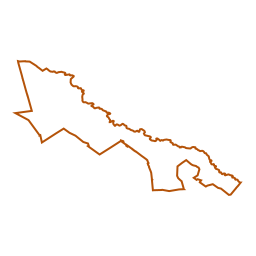 the district of Rožkalnu pag., Varkavas, Latvia
{"feature_id": "27541924B38458063228845", "entity_name": "Rožkalnu pag.", "entity_type": "district", "adm_level": 2, "iso_a3": "LVA", "parent_name": "Latvia", "parent_adm1": "Varkavas", "projection": "equal_earth", "projection_center": [26.468, 56.209], "detail": "fine", "context": "isolated", "style": "outline", "palette": "amber", "viewbox_px": 256, "rotation_deg": 0, "n_neighbors": 0, "source": "geoboundaries", "source_scale": "gbopen_adm2", "svg_char_len": 5747}
<svg xmlns="http://www.w3.org/2000/svg" viewBox="0 0 256 256"><path d="M19.5,61.5L18.0,61.1L18.3,62.8L18.8,64.6L21.8,75.3L22.5,78.1L22.5,78.4L22.7,78.7L23.1,80.4L23.3,80.9L25.7,89.6L26.1,91.0L26.7,93.1L27.1,94.3L27.4,95.5L27.5,95.5L31.8,110.9L15.4,113.1L28.5,120.1L39.6,135.3L39.6,135.5L40.3,135.2L41.9,142.5L56.0,133.4L63.7,128.6L69.5,132.8L75.5,135.7L83.3,142.0L88.0,143.5L88.7,145.6L87.9,146.1L92.9,149.7L99.6,154.5L110.7,147.5L120.8,141.0L120.9,140.4L123.3,141.2L123.5,141.9L122.7,142.3L126.2,144.8L126.3,144.7L127.4,145.5L126.6,146.0L127.5,146.7L128.4,146.2L131.8,148.7L132.1,149.0L132.2,148.9L134.1,150.4L134.0,150.5L135.5,151.5L135.7,151.4L141.9,156.1L143.6,157.3L146.7,159.6L146.8,159.7L146.8,159.8L147.3,160.2L147.8,161.7L148.5,163.0L147.7,163.5L148.2,165.1L148.5,165.4L149.1,166.8L149.0,167.1L150.0,169.6L150.8,171.6L151.2,172.8L151.9,179.0L152.2,179.5L151.9,179.6L152.9,190.3L154.5,190.2L161.6,190.0L162.1,189.8L169.2,191.1L179.2,189.4L183.8,189.2L183.7,189.1L183.6,188.2L181.6,181.2L180.7,180.5L178.2,178.2L177.1,175.8L177.5,166.4L182.2,162.8L186.2,160.1L190.8,164.0L192.0,164.8L193.1,165.3L196.0,166.0L197.3,167.0L198.6,167.6L199.4,169.3L197.6,175.4L193.8,177.8L196.6,179.9L197.6,179.2L201.0,180.3L200.7,180.6L200.8,180.8L200.4,181.3L200.1,181.6L199.8,182.3L205.7,186.5L205.9,186.5L207.4,185.6L212.8,184.2L218.1,187.9L221.0,188.6L228.9,194.9L230.7,194.6L235.6,188.7L236.0,188.3L236.1,188.0L238.2,185.7L240.6,182.6L240.2,182.6L239.9,182.4L239.1,181.9L238.2,181.0L237.7,180.0L237.5,179.8L237.1,179.6L236.6,179.5L235.8,179.7L235.5,179.6L235.2,179.4L235.1,178.8L235.1,178.5L234.9,178.2L233.4,177.5L232.4,177.5L232.2,177.0L232.7,176.6L232.8,176.2L232.0,175.5L230.3,175.2L229.3,174.7L228.4,174.4L226.3,175.0L225.2,175.3L224.9,175.1L225.2,174.0L225.1,173.8L224.9,173.6L224.6,173.5L223.4,173.6L222.7,174.1L222.2,174.1L221.8,173.9L221.7,173.7L221.4,173.3L221.3,172.8L221.0,172.4L220.5,172.3L219.9,172.5L219.5,172.4L219.1,171.8L219.2,171.0L219.2,170.5L219.1,170.2L218.7,169.9L217.2,169.2L216.2,169.0L215.9,168.8L215.1,167.8L215.0,167.6L216.0,166.6L216.0,166.3L215.5,166.0L214.5,165.9L214.2,165.7L214.0,165.3L214.0,164.5L213.6,164.1L213.4,164.1L212.6,164.4L212.2,164.4L211.9,164.4L211.4,164.1L210.8,162.7L210.6,162.4L210.2,162.1L210.1,161.8L210.1,161.6L211.0,161.3L211.2,161.1L211.5,160.9L211.5,160.7L211.4,160.5L211.2,160.3L210.1,160.1L209.8,159.9L209.2,158.7L209.1,157.9L209.0,157.5L208.8,157.1L208.8,156.5L208.7,156.3L206.8,154.7L206.5,154.3L206.3,153.5L206.1,153.3L204.8,153.1L204.4,152.7L204.1,152.1L203.8,151.7L203.1,151.1L202.6,150.9L201.5,150.9L200.1,151.1L199.8,150.9L199.0,150.4L198.1,150.1L197.4,149.3L195.9,148.7L195.5,148.5L195.5,147.5L195.3,147.3L193.4,147.0L192.6,147.1L191.5,147.6L190.8,148.3L190.3,148.5L187.0,148.2L185.9,148.0L184.9,147.3L182.0,146.7L181.4,146.8L181.2,146.9L180.9,147.4L180.5,147.4L179.9,147.4L179.9,147.1L179.6,146.8L178.8,146.5L178.3,146.4L175.8,144.7L175.4,144.6L173.3,144.8L173.0,144.6L172.9,144.4L172.9,144.0L172.8,143.4L172.6,143.2L170.5,142.1L170.4,141.8L170.7,141.1L170.7,140.7L170.5,140.2L170.3,140.1L169.9,140.0L169.0,140.0L166.5,139.5L164.5,139.8L163.7,140.0L163.1,140.3L163.0,140.5L162.7,140.5L162.4,140.3L161.9,140.1L161.4,140.1L160.3,140.8L159.9,140.6L159.3,139.8L158.3,139.2L157.5,138.5L156.5,138.5L156.3,138.7L156.3,138.9L156.5,139.4L156.6,139.9L156.4,140.3L155.6,141.0L155.1,141.1L154.8,141.1L153.3,140.7L152.1,140.6L151.3,140.3L149.9,139.2L149.8,138.8L150.7,137.5L150.8,137.2L150.5,136.8L149.8,136.4L148.9,136.2L145.1,135.3L144.6,134.9L144.1,134.0L143.9,133.5L144.9,132.2L144.5,131.1L144.0,130.6L143.0,130.0L141.9,129.2L141.6,129.1L140.6,129.2L140.1,129.3L139.4,130.9L139.4,131.5L139.0,131.8L138.5,131.7L138.0,131.4L137.8,131.0L137.6,130.8L137.2,130.8L136.7,130.9L135.5,131.6L134.4,131.6L134.2,131.6L133.4,130.9L132.3,130.4L130.9,130.0L129.3,128.9L127.5,128.5L126.7,128.1L126.4,127.4L126.5,126.5L126.4,126.1L126.3,125.9L125.7,125.6L124.7,125.4L123.4,124.1L122.9,123.9L122.4,123.9L120.7,125.2L119.9,125.5L119.4,125.6L118.6,125.2L117.9,124.7L117.3,124.5L116.8,124.4L116.4,124.6L116.0,124.8L115.3,125.7L114.9,125.8L114.7,125.7L113.4,124.0L113.3,123.6L113.2,122.6L113.2,122.4L113.7,121.4L113.7,121.1L113.1,120.8L112.4,120.9L111.6,121.3L111.3,121.6L110.7,122.0L110.2,122.1L109.7,122.1L109.7,121.8L110.1,120.9L110.0,119.8L109.5,119.3L108.5,117.4L107.3,116.6L107.1,116.4L106.9,116.0L106.9,115.8L107.6,114.8L107.9,114.6L110.1,113.8L110.2,113.6L109.9,113.2L109.1,112.8L108.7,112.7L107.9,112.7L107.3,112.9L107.0,112.8L106.5,112.3L106.3,111.6L106.2,111.5L103.0,110.3L102.8,110.2L101.8,109.0L101.2,108.8L99.6,108.7L99.4,108.4L99.4,107.8L99.2,107.6L98.5,107.5L96.7,107.8L95.9,108.0L95.1,108.3L94.4,108.2L93.7,107.4L93.2,106.9L91.5,106.0L91.5,105.7L93.5,104.4L93.5,104.1L93.3,103.8L92.4,103.2L91.7,103.2L88.3,103.6L87.8,103.4L86.7,102.7L85.5,102.2L83.8,102.3L83.1,101.9L82.4,100.7L82.5,99.5L82.3,97.5L82.2,97.0L82.5,95.3L82.8,94.5L83.1,94.1L83.7,93.8L83.8,93.5L83.6,93.1L82.2,92.0L82.0,91.6L82.2,91.2L83.2,91.0L83.6,90.9L83.7,90.6L83.6,90.4L83.4,90.3L82.3,90.1L81.7,89.8L81.4,89.5L81.0,88.4L80.7,88.2L80.1,88.2L79.0,88.4L78.4,88.3L78.0,88.0L78.0,87.8L78.1,87.4L78.0,87.2L77.9,87.1L77.3,86.6L76.4,86.3L75.7,86.2L73.9,86.3L73.5,86.2L73.1,86.0L71.5,84.6L70.6,82.5L70.6,82.2L70.8,79.2L71.1,78.8L73.6,76.6L73.7,76.4L73.7,76.1L73.6,75.9L73.3,75.8L72.1,75.3L70.6,75.4L70.3,75.4L69.9,75.2L69.9,74.8L69.7,74.6L69.5,74.4L69.3,74.4L65.7,75.0L65.3,75.0L64.9,74.7L64.8,74.4L64.9,74.2L65.3,73.6L65.4,73.3L65.2,73.0L64.8,72.7L62.3,72.1L61.6,71.8L58.4,72.2L57.7,72.6L57.3,72.7L56.8,72.9L55.6,72.5L55.1,72.1L54.8,71.6L53.9,71.4L53.4,71.5L52.9,71.8L50.4,71.5L48.8,70.4L47.6,69.3L46.4,68.5L42.6,70.8L39.1,68.1L37.4,66.9L36.4,65.9L29.7,61.6L25.4,61.4L25.3,61.2L19.5,61.5Z" fill="none" stroke="#b45309" stroke-width="2"/></svg>